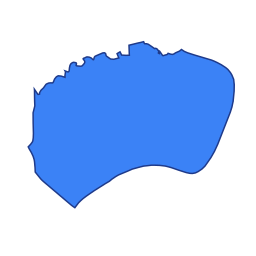 the district of Le Chan, Hải Phòng, Vietnam, rotated 280°
{"feature_id": "81297802B93912769577432", "entity_name": "Le Chan", "entity_type": "district", "adm_level": 2, "iso_a3": "VNM", "parent_name": "Vietnam", "parent_adm1": "Hải Phòng", "projection": "albers", "projection_center": [106.683, 20.836], "detail": "fine", "context": "isolated", "style": "filled", "palette": "blue", "viewbox_px": 256, "rotation_deg": 280, "n_neighbors": 0, "source": "geoboundaries", "source_scale": "gbopen_adm2", "svg_char_len": 2515}
<svg xmlns="http://www.w3.org/2000/svg" viewBox="0 0 256 256"><g transform="rotate(280 128 128)"><path d="M40.3,89.5L45.8,92.3L47.3,93.4L48.3,94.1L50.7,96.0L53.5,98.6L56.5,101.6L60.5,105.7L63.6,109.1L68.9,114.9L70.1,116.3L72.3,118.9L74.9,121.1L78.1,124.4L80.2,126.9L85.5,135.2L88.3,139.4L91.1,145.3L93.2,150.0L94.3,153.8L95.4,157.4L96.0,160.7L96.7,165.8L97.0,171.2L97.0,171.5L96.8,174.4L96.5,177.6L95.2,185.8L94.2,193.2L94.1,196.8L94.4,199.3L95.5,202.2L97.3,204.7L100.5,208.0L103.8,210.4L108.5,212.6L113.3,214.8L120.0,217.2L127.6,219.2L161.4,226.0L166.7,226.7L170.3,226.8L172.5,226.9L182.8,226.1L189.1,225.1L194.3,223.6L198.2,221.1L200.4,219.2L203.0,216.2L204.4,213.8L206.5,208.9L207.9,204.6L208.8,201.2L209.4,198.4L211.4,180.9L212.4,173.6L213.2,170.2L214.6,167.0L212.7,165.4L210.3,161.8L208.8,160.2L208.3,159.3L208.2,158.9L208.2,158.4L208.1,157.5L208.5,154.5L207.6,154.1L207.2,153.8L205.3,149.9L205.5,149.4L207.4,147.5L208.1,146.8L208.5,146.4L206.7,145.9L207.1,144.9L209.5,145.0L209.6,144.2L210.5,143.4L211.1,142.4L211.2,141.7L211.2,141.0L210.8,140.4L212.5,136.8L214.0,133.4L214.2,131.8L213.9,129.8L214.3,129.3L215.7,128.4L214.4,125.5L213.4,123.0L209.7,114.6L201.2,116.4L199.9,116.7L199.2,113.4L198.7,109.1L201.6,106.9L201.2,106.5L200.9,106.1L199.7,104.7L199.3,104.3L195.4,106.8L193.2,102.1L192.9,98.9L195.0,94.4L195.2,94.1L195.8,93.7L196.9,93.3L197.5,92.9L197.8,92.3L198.0,91.8L197.8,91.0L197.5,90.0L193.9,84.5L192.9,83.1L191.8,82.5L190.3,82.4L189.3,82.2L189.3,81.5L190.5,79.8L191.0,77.8L191.0,76.3L190.8,75.0L190.0,73.8L189.3,72.9L189.0,72.2L188.5,71.8L187.7,72.2L186.9,73.3L186.1,73.8L185.2,74.0L184.1,73.8L182.4,72.8L182.0,72.5L181.6,72.2L181.0,71.8L180.6,70.6L180.3,67.0L180.5,66.1L181.0,66.0L181.9,66.1L182.4,66.1L183.2,65.5L183.3,64.2L183.2,62.8L182.6,61.8L181.5,60.7L180.8,60.4L179.6,60.0L176.9,59.9L174.6,60.1L173.9,60.1L173.0,59.6L172.8,58.9L173.3,56.1L172.7,56.6L172.3,56.7L168.8,56.8L167.0,57.1L167.1,56.5L167.5,53.1L167.3,50.2L166.0,48.6L164.6,47.8L163.5,47.2L162.6,47.0L161.1,46.7L159.7,46.3L159.3,45.8L159.0,43.8L158.5,42.1L157.6,40.7L157.0,39.9L156.4,39.5L152.8,37.8L150.3,35.9L149.4,35.5L147.8,34.9L147.4,34.8L146.0,35.0L145.5,33.9L145.5,33.4L149.9,29.1L148.7,29.4L141.2,30.8L137.7,31.5L133.6,32.4L126.5,31.9L117.7,33.5L116.6,33.7L106.2,35.8L101.8,36.4L98.8,36.5L97.5,36.2L95.0,34.9L92.1,33.0L90.2,34.4L86.9,37.2L83.6,39.5L80.5,41.1L79.4,41.5L78.2,41.9L72.6,43.4L68.5,44.3L62.8,50.8L61.5,52.6L60.2,54.7L42.1,85.7L41.0,87.9L40.3,89.5Z" fill="#3b82f6" stroke="#1e3a8a" stroke-width="1.5"/></g></svg>